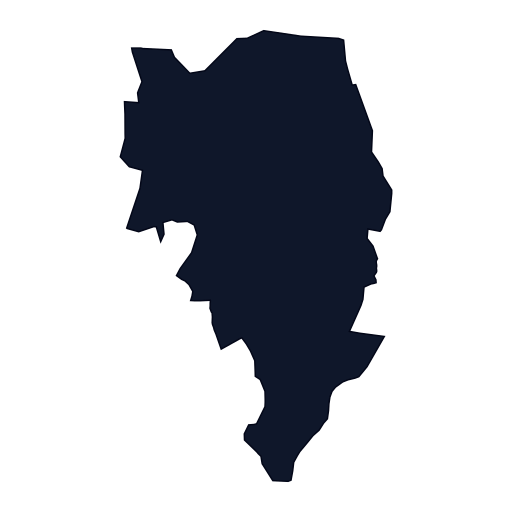 Gabasawa, Kano, Nigeria (Robinson projection)
{"feature_id": "59680162B83052310642670", "entity_name": "Gabasawa", "entity_type": "district", "adm_level": 2, "iso_a3": "NGA", "parent_name": "Nigeria", "parent_adm1": "Kano", "projection": "robinson", "projection_center": [8.837, 12.134], "detail": "fine", "context": "isolated", "style": "filled", "palette": "ink", "viewbox_px": 512, "rotation_deg": 0, "n_neighbors": 0, "source": "geoboundaries", "source_scale": "gbopen_adm2", "svg_char_len": 2147}
<svg xmlns="http://www.w3.org/2000/svg" viewBox="0 0 512 512"><path d="M384.3,336.5L359.5,333.2L349.4,331.4L358.1,311.9L361.0,305.3L362.9,299.4L364.0,287.1L371.1,283.9L373.8,283.4L376.1,282.7L375.9,279.8L373.9,275.8L374.8,274.6L375.6,273.4L376.3,272.5L376.7,271.2L376.6,269.8L376.4,268.5L376.5,267.4L376.7,266.1L376.6,264.6L376.3,263.0L376.2,261.5L376.5,260.5L376.9,259.7L377.5,258.7L377.2,258.0L373.0,246.1L367.1,238.5L367.9,229.0L380.1,231.3L381.4,229.8L385.4,219.2L389.9,211.7L391.7,193.6L391.7,190.0L383.0,176.0L382.1,168.6L378.3,162.0L371.5,152.0L372.4,130.7L355.7,84.6L352.2,85.1L347.6,69.2L345.5,61.0L343.6,40.1L338.5,38.4L300.8,36.2L263.7,30.7L247.2,38.3L236.9,38.7L204.9,70.8L189.8,73.3L184.9,68.2L174.4,57.3L171.3,49.9L143.9,48.6L142.8,48.6L142.3,48.4L140.9,48.1L136.9,48.1L131.7,48.1L132.4,52.1L142.0,81.7L138.3,91.0L137.6,92.9L138.8,102.7L124.5,101.7L124.6,104.9L125.0,114.1L125.1,133.8L125.2,138.3L120.3,156.8L128.9,166.3L129.0,166.3L129.4,166.8L130.0,166.9L142.1,170.2L142.5,170.3L140.0,188.3L126.7,228.1L127.2,228.5L138.7,231.7L153.8,226.6L156.0,226.8L156.3,226.8L160.7,241.6L164.0,234.2L162.9,222.5L172.0,219.8L177.3,222.0L187.5,221.4L194.2,225.0L197.3,234.9L191.6,252.7L180.2,268.6L176.5,275.6L181.2,279.0L181.5,279.1L181.6,279.3L185.0,280.9L189.0,284.6L192.8,291.4L192.0,296.2L190.7,300.5L194.3,300.7L200.4,300.7L204.8,300.5L209.5,300.3L210.3,300.2L210.4,300.6L210.2,303.4L210.2,305.9L210.0,308.3L211.3,311.9L212.1,312.9L212.4,317.0L212.2,322.7L212.5,324.4L213.7,327.6L214.2,329.8L216.0,334.1L221.2,349.1L239.3,339.0L241.8,337.8L246.3,343.9L250.4,350.8L254.8,360.7L255.2,372.0L255.3,376.3L260.2,379.5L265.0,391.3L265.2,399.2L265.2,402.4L265.0,406.7L256.6,423.8L254.0,424.5L248.7,424.9L244.3,433.9L244.5,440.0L256.4,451.5L258.3,453.5L258.2,453.6L261.0,456.3L261.8,461.4L262.2,463.8L263.0,465.0L272.8,480.6L288.1,481.3L291.0,480.2L292.7,470.9L293.7,462.3L297.3,455.7L299.8,451.6L307.5,442.4L313.0,435.6L319.1,430.2L323.6,423.1L327.4,418.8L328.5,410.7L328.9,403.8L329.9,397.1L332.0,391.4L335.4,387.2L342.7,381.9L348.0,379.8L355.0,378.1L358.8,376.7L367.0,366.7L384.3,336.5Z" fill="#0f172a" stroke="#020617" stroke-width="1.5"/></svg>